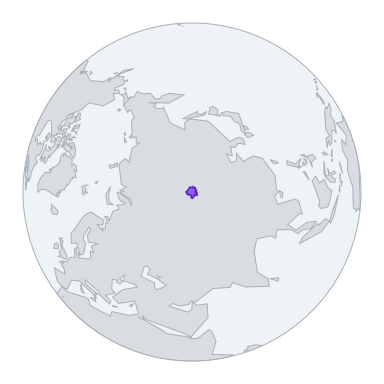 globe centered on Hövsgöl, rotated 289°
{"feature_id": "MNG-3321", "entity_name": "Hövsgöl", "entity_type": "Province", "adm_level": 1, "iso_a3": "MNG", "parent_name": "Mongolia", "parent_adm1": "", "projection": "orthographic", "projection_center": [99.984, 50.195], "detail": "fine", "context": "on_globe", "style": "filled", "palette": "violet", "viewbox_px": 384, "rotation_deg": 289, "n_neighbors": 0, "source": "natural_earth", "source_scale": "10m", "svg_char_len": 13510}
<svg xmlns="http://www.w3.org/2000/svg" viewBox="0 0 384 384"><g transform="rotate(289 192 192)"><circle cx="192" cy="192" r="169" fill="#eef3f6" stroke="#a8b0b8"/><path d="M278.7,47.0L282.5,49.5L282.1,51.3L271.2,49.8L269.8,47.7L267.3,47.9L268.9,50.8L270.6,52.7L264.2,59.9L267.7,72.9L274.2,78.2L268.6,76.4L284.6,87.8L289.9,97.2L280.5,85.9L277.0,84.3L279.0,90.2L275.8,89.9L274.9,92.6L270.9,91.9L265.7,85.8L263.0,85.3L264.6,89.5L261.6,91.7L259.7,85.5L254.2,88.7L244.5,79.9L242.7,65.3L234.0,61.1L223.4,48.4L221.0,49.6L215.5,46.0L210.7,46.1L210.1,44.1L206.8,46.0L208.3,47.9L207.4,49.5L204.7,49.8L203.4,47.1L204.6,46.6L202.8,46.0L203.3,44.6L201.6,45.5L200.4,42.4L197.6,46.0L193.3,44.0L193.6,41.9L198.7,41.4L212.2,36.3L214.1,34.6L211.5,32.3L195.8,29.1L195.7,27.7L191.8,26.4L189.5,27.2L191.7,28.7L186.4,30.3L189.7,32.3L188.0,33.3L189.4,36.0L183.6,36.4L177.2,35.6L175.8,33.6L172.9,33.3L169.7,36.1L162.7,33.6L150.5,34.5L149.3,34.0L155.1,30.8L166.6,28.2L174.1,25.4L163.5,28.2L160.7,27.4L157.8,27.8L154.7,28.7L153.5,29.4L151.4,29.6L161.0,26.5L163.1,26.3L160.1,27.2L165.4,26.1L171.9,24.6L170.0,24.6L180.7,23.4L193.5,23.0L206.3,23.6L219.0,25.2L231.5,27.7L243.8,31.2L255.8,35.6L267.5,40.8L278.7,47.0ZM346.9,126.5L345.7,124.8L345.7,123.8L346.9,126.5ZM345.4,125.1L345.7,125.4L345.6,125.5L345.4,125.1ZM345.6,126.1L345.5,125.4L345.8,126.5L345.6,126.1ZM346.0,127.8L345.7,126.8L345.8,127.0L346.0,127.8ZM346.1,129.6L346.1,130.0L345.7,128.9L346.1,129.6ZM271.8,53.7L269.3,50.9L269.0,48.6L271.5,50.8L271.8,53.7ZM271.8,58.8L269.7,57.2L272.7,56.6L273.0,57.7L271.8,58.8ZM279.6,82.3L278.2,79.3L280.7,82.4L279.6,82.3ZM275.5,93.2L276.9,94.2L275.9,95.2L275.5,93.2ZM192.5,35.6L191.0,35.7L191.5,35.2L192.5,35.6ZM194.5,36.6L196.2,35.8L197.4,36.2L196.3,36.7L194.5,36.6ZM268.8,95.1L266.6,96.7L267.9,94.0L268.8,95.1ZM192.1,37.6L199.3,37.0L201.4,37.8L199.1,40.3L192.1,37.6ZM264.8,96.9L259.6,101.0L262.4,103.5L251.7,99.1L259.6,96.9L260.8,93.1L262.2,96.0L264.8,96.9ZM209.9,48.4L208.2,46.4L212.1,47.8L209.9,48.4ZM212.7,48.9L225.9,51.6L227.1,55.0L222.4,53.3L225.9,57.7L219.9,57.9L216.7,55.6L217.1,53.3L214.5,55.2L212.7,48.9ZM246.7,96.2L244.7,96.4L245.8,95.0L246.7,96.2ZM207.3,50.2L209.9,50.4L211.1,53.2L206.1,53.5L207.3,52.5L207.3,50.2ZM229.8,58.8L229.8,61.1L224.9,61.9L224.3,63.0L219.9,58.2L229.8,58.8ZM205.7,52.0L203.6,53.6L200.6,52.6L204.8,50.3L205.7,52.0ZM213.5,53.9L213.8,55.4L212.0,54.6L213.5,53.9ZM188.7,50.4L191.8,50.3L192.7,51.7L188.7,50.4ZM203.0,54.3L204.0,54.6L204.7,55.2L202.7,56.1L203.0,54.3ZM216.8,59.3L214.8,59.2L218.4,61.2L214.9,62.1L212.6,58.8L212.1,60.6L211.0,60.9L210.4,58.0L216.8,59.3ZM202.8,58.9L198.7,55.4L192.8,55.2L191.9,53.8L201.5,54.4L202.8,58.9ZM207.3,58.6L204.3,58.5L204.6,56.7L206.9,55.8L207.3,58.6ZM213.3,63.9L219.3,63.4L219.6,64.2L213.3,63.9ZM201.0,59.2L202.1,60.0L200.6,59.3L201.0,59.2ZM209.5,62.8L211.5,62.5L211.8,63.3L209.5,62.8ZM202.4,62.1L201.1,60.9L202.6,60.2L202.4,62.1ZM205.6,62.7L205.5,64.0L203.9,60.6L206.5,62.4L205.6,62.7ZM209.4,63.7L210.3,64.1L208.5,63.7L209.4,63.7ZM197.5,65.8L195.2,61.8L198.5,60.1L200.3,64.2L197.5,65.8ZM50.5,99.6L52.3,97.1L60.1,99.9L57.0,107.4L57.7,125.5L56.9,129.1L51.6,132.5L47.9,155.2L52.9,155.2L54.8,172.6L59.4,181.2L70.3,173.4L62.8,159.0L66.7,151.2L76.9,158.1L84.2,171.1L86.0,168.6L85.7,156.2L91.8,155.4L86.1,151.7L85.2,156.0L81.6,154.0L82.2,150.0L84.4,149.7L83.4,145.1L73.5,147.9L71.4,152.5L66.2,143.8L62.2,150.9L59.2,150.4L64.8,138.3L67.6,136.1L74.3,119.5L70.8,121.0L64.3,136.9L64.3,133.7L59.6,136.3L63.2,131.8L71.2,114.6L69.5,106.8L59.5,105.5L60.1,100.7L64.1,93.5L75.5,86.7L72.9,98.4L76.9,96.7L84.0,89.2L82.6,93.6L85.2,92.1L84.9,96.5L91.0,98.3L91.6,102.5L100.3,99.4L101.8,101.3L96.2,102.5L92.7,105.8L95.1,116.7L97.4,117.7L102.9,114.9L102.8,118.5L107.8,114.5L112.3,119.6L111.0,110.1L117.3,107.2L123.5,108.4L125.3,105.9L115.4,104.0L111.6,104.8L108.7,108.2L98.3,109.7L96.1,106.8L106.2,99.3L104.2,94.6L112.9,91.2L134.5,97.6L140.2,102.7L136.5,117.8L131.5,118.3L130.4,113.0L125.7,120.9L128.8,118.8L128.8,121.9L134.9,120.4L135.2,122.6L140.5,117.5L141.5,120.0L138.1,123.2L148.0,123.5L151.8,128.3L153.9,127.4L155.0,125.0L159.1,133.0L160.5,131.9L159.7,128.9L161.9,125.0L167.3,121.3L168.4,124.3L166.6,126.0L164.4,134.2L159.4,138.7L160.4,139.5L165.0,136.4L167.7,126.3L170.7,123.3L170.1,128.1L170.6,126.1L172.4,125.5L175.2,127.8L176.1,122.7L194.7,113.9L202.1,117.9L199.5,122.8L213.7,121.0L220.9,126.4L220.1,123.4L226.4,121.1L224.2,119.3L224.3,117.8L239.5,111.7L243.9,112.9L249.5,107.7L249.2,106.3L246.2,105.1L251.7,99.1L262.4,103.5L262.7,106.4L269.1,107.5L269.0,114.1L271.8,120.3L267.9,127.5L270.5,132.1L272.8,132.0L278.0,138.5L281.0,152.6L268.7,141.4L262.3,121.8L264.1,129.6L260.7,128.0L259.6,131.0L261.0,136.8L263.0,137.3L250.4,148.7L248.2,165.0L255.4,162.5L260.4,166.1L264.2,184.2L252.1,211.3L258.6,217.7L259.3,222.6L254.2,226.8L253.1,219.7L247.6,218.0L247.8,213.6L239.3,218.3L239.1,212.2L232.6,219.3L235.5,223.7L243.1,221.5L237.5,230.6L245.7,237.6L247.0,247.1L234.7,265.2L221.5,271.3L220.8,274.1L215.3,271.2L208.3,277.0L218.7,291.5L218.5,295.6L207.1,303.6L206.8,300.7L192.3,293.2L189.8,302.7L200.7,310.6L204.5,319.0L196.1,316.4L192.3,308.8L187.2,305.9L188.5,297.7L184.0,284.5L175.6,286.2L176.2,280.9L168.8,268.5L156.6,270.0L137.3,279.9L134.8,292.4L128.1,295.8L119.7,273.9L119.7,260.0L114.2,259.0L107.5,243.2L89.0,231.1L88.5,226.4L84.6,225.5L80.2,217.5L80.3,210.0L76.7,207.2L77.0,227.0L81.1,230.1L87.6,228.1L86.7,234.0L91.2,242.7L78.5,248.1L54.5,238.2L55.8,227.9L56.5,188.9L58.5,186.7L58.7,186.4L58.9,185.6L55.2,188.5L56.6,181.1L52.3,205.9L50.0,214.3L54.1,238.5L52.8,238.7L55.3,244.9L67.5,253.0L66.8,255.8L58.8,263.3L45.0,264.0L49.0,276.9L51.6,284.6L47.9,280.2L42.0,269.8L36.9,259.0L32.5,247.8L29.0,236.4L26.2,224.8L24.3,212.9L23.3,201.0L23.1,189.1L23.3,185.8L23.7,179.7L23.9,174.7L24.9,167.5L25.4,163.8L25.5,163.4L28.4,149.9L32.3,136.7L37.4,123.8L43.5,111.5L50.5,99.6ZM51.8,103.4L50.2,105.0L51.8,103.4ZM88.3,191.1L95.1,198.3L98.5,188.1L101.4,190.1L101.5,186.0L98.7,187.3L99.8,176.6L105.1,177.6L107.6,173.7L105.4,171.1L95.6,171.3L93.8,186.3L89.5,187.7L88.3,191.1ZM160.1,27.6L159.3,27.8L156.0,28.6L157.4,28.0L160.1,27.6ZM142.5,33.8L139.4,33.9L142.6,33.3L143.9,32.4L152.2,30.3L149.1,33.7L149.0,32.4L142.5,33.8ZM162.3,28.9L157.4,29.5L162.9,28.7L162.3,28.9ZM99.9,80.9L97.6,83.6L94.6,84.0L93.8,79.6L98.2,78.9L99.9,80.9ZM95.2,87.4L105.4,81.7L106.3,84.5L104.1,83.8L103.6,86.2L99.9,85.9L90.8,94.6L87.5,95.6L87.8,86.4L89.5,88.7L91.6,85.8L95.2,87.4ZM129.9,64.9L134.4,63.3L130.6,71.3L126.9,72.0L125.8,67.4L129.6,64.0L129.9,64.9ZM186.6,42.5L188.5,41.9L188.9,42.6L187.5,43.6L186.6,42.5ZM190.1,50.2L178.4,46.0L180.1,45.0L171.3,44.1L172.2,41.3L177.9,41.9L172.0,39.2L177.4,38.7L173.0,37.3L185.5,38.9L190.2,38.6L184.6,40.0L183.6,42.5L184.6,43.5L190.9,46.2L200.5,47.1L201.1,50.0L199.0,51.9L196.8,52.1L197.1,50.1L193.9,51.9L192.7,49.1L190.1,50.2ZM173.6,76.3L174.9,73.1L168.3,77.7L167.0,74.3L166.4,75.1L163.4,73.4L158.5,72.7L158.7,71.0L156.8,71.5L154.8,70.5L152.1,70.6L151.6,67.8L148.3,67.8L149.9,66.5L144.4,67.3L148.2,65.4L146.0,64.2L143.5,66.7L146.7,52.4L145.1,48.4L141.7,46.3L148.7,43.8L156.3,44.4L163.2,47.1L163.8,51.5L166.8,49.7L168.0,51.4L165.1,52.1L170.2,52.1L170.4,53.7L176.6,57.1L183.9,56.4L186.3,57.8L183.5,58.8L187.9,59.5L184.3,62.5L186.0,63.6L184.1,67.9L177.8,69.7L180.1,70.8L178.8,74.3L173.6,76.3ZM196.8,67.0L189.5,69.4L185.2,68.9L190.3,61.7L189.3,60.3L192.4,56.0L198.5,56.9L197.1,58.0L197.1,59.3L195.2,58.5L196.7,60.1L194.8,61.8L195.4,63.6L192.9,63.8L196.8,67.0ZM59.2,129.8L59.2,132.1L59.9,134.9L56.9,136.8L59.2,129.8ZM64.5,118.0L64.9,119.4L61.0,123.1L61.1,120.9L64.5,118.0ZM68.5,117.2L65.2,119.2L67.0,116.9L68.5,117.2ZM97.0,103.7L97.9,105.2L96.7,106.2L94.7,106.4L97.0,103.7ZM153.7,90.4L155.2,88.3L156.2,88.6L161.7,85.8L163.0,88.2L160.3,90.8L153.7,90.4ZM67.2,172.8L63.9,172.4L64.1,170.0L65.2,170.6L67.2,172.8ZM58.7,153.9L59.1,159.6L57.9,154.3L58.7,153.9ZM156.1,92.5L158.2,91.1L157.6,93.2L156.1,92.5ZM164.3,89.9L164.2,92.2L163.8,88.2L164.3,89.9ZM68.0,301.7L69.8,308.6L65.1,303.6L61.1,298.6L58.2,292.7L62.7,296.1L64.0,294.8L68.0,301.7ZM246.2,331.0L251.1,330.2L250.9,330.7L246.2,331.0ZM241.1,330.6L246.8,329.6L240.1,331.7L241.1,330.6ZM248.9,329.1L254.7,326.9L257.1,325.6L256.7,326.6L248.9,329.1ZM237.3,331.4L216.1,333.9L207.7,333.2L209.8,331.5L223.4,330.9L237.3,331.4ZM209.1,331.5L196.2,326.9L178.2,310.4L184.7,311.2L203.4,321.3L202.2,322.9L210.0,326.7L209.1,331.5ZM240.2,319.2L238.9,323.9L227.3,325.3L222.0,325.1L218.3,319.4L220.4,316.1L224.8,315.8L241.4,302.1L247.3,303.8L242.2,309.6L247.0,313.0L240.2,319.2ZM135.5,293.9L139.2,302.2L135.5,302.3L135.5,293.9ZM248.0,292.3L241.4,298.9L247.4,290.6L248.0,292.3ZM251.4,284.6L251.9,287.3L249.1,285.2L251.4,284.6ZM220.8,278.3L216.2,279.3L216.0,277.2L221.7,274.6L220.8,278.3ZM248.0,255.0L248.3,261.7L247.5,264.1L245.3,260.5L248.0,255.0ZM170.8,113.2L161.7,114.2L156.1,116.9L154.3,121.5L152.9,115.7L161.6,111.4L170.8,113.2ZM191.7,113.4L193.1,109.7L195.1,111.2L195.0,112.3L191.7,113.4ZM190.7,111.2L187.7,106.9L190.2,104.8L192.1,108.6L190.7,111.2ZM171.6,99.2L168.8,99.2L169.3,97.4L171.6,99.2ZM278.1,337.4L279.0,336.8L277.2,337.9L273.1,340.2L272.2,340.6L266.9,343.0L234.8,355.2L228.3,356.5L231.0,355.3L227.0,353.0L229.3,352.7L229.1,349.9L248.7,342.6L263.0,332.0L272.7,328.9L280.8,320.4L290.4,316.3L286.8,322.0L296.0,319.3L304.2,306.0L307.7,311.8L313.0,309.2L312.3,310.6L301.7,320.5L290.2,329.5L278.1,337.4ZM341.8,269.9L342.1,269.6L341.6,270.4L341.8,269.9ZM341.5,270.4L342.4,268.6L342.0,269.6L341.5,270.4ZM338.1,272.7L338.9,271.3L339.1,271.4L338.1,272.7ZM258.2,328.4L265.2,323.3L268.8,321.8L258.2,328.4ZM337.4,272.8L335.8,274.8L336.0,274.0L337.4,272.8ZM337.7,271.3L337.6,270.7L338.4,271.3L337.7,271.3ZM334.7,273.3L336.6,272.4L334.4,273.7L334.7,273.3ZM333.4,274.9L331.9,275.9L332.1,275.5L333.4,274.9ZM314.7,292.6L320.5,292.7L315.5,296.6L309.9,297.7L304.9,303.7L294.1,309.5L296.7,306.3L295.4,304.1L283.8,308.3L281.4,307.3L285.7,304.1L277.8,305.6L286.5,301.1L289.9,303.9L294.7,298.2L302.8,294.7L310.4,291.5L316.2,290.4L314.7,292.6ZM286.3,310.4L287.7,309.7L286.3,311.5L286.3,310.4ZM329.1,276.7L331.2,276.4L330.9,277.1L329.8,277.9L329.1,276.7ZM317.6,288.7L324.0,280.4L325.4,279.2L321.1,286.4L317.6,288.7ZM322.6,279.3L325.4,277.4L326.8,278.1L326.2,279.1L322.6,279.3ZM268.6,313.4L268.3,314.7L266.0,314.5L268.6,313.4ZM271.6,311.7L278.4,310.5L271.0,312.9L271.6,311.7ZM250.3,313.4L252.4,315.8L259.0,312.3L254.0,316.3L258.3,319.7L256.7,321.8L252.5,318.0L250.8,323.5L247.8,324.0L246.3,320.0L249.4,313.8L252.3,310.8L264.1,306.7L250.3,313.4ZM271.6,308.2L269.8,305.3L271.1,302.5L273.1,303.7L271.6,308.2ZM264.2,298.2L259.1,295.1L254.6,297.9L263.5,289.2L266.9,293.7L264.2,298.2ZM259.6,289.4L255.5,292.0L259.7,287.2L259.6,289.4ZM254.3,290.7L253.7,287.6L257.0,287.2L254.3,290.7ZM261.8,288.9L262.3,283.1L264.2,286.0L261.8,288.9ZM251.8,280.3L259.3,284.2L249.8,284.0L248.7,272.8L252.7,271.6L251.8,280.3ZM269.5,225.1L268.1,221.7L271.5,219.6L271.5,222.6L269.5,225.1ZM281.3,210.7L272.0,218.0L264.2,224.1L267.0,225.0L265.9,231.9L261.4,227.1L266.2,218.4L272.2,214.9L272.4,209.2L276.3,203.8L274.3,197.3L275.8,193.6L279.5,198.6L281.3,210.7ZM273.2,194.7L271.1,182.3L277.9,181.5L279.8,184.1L278.0,190.0L274.5,190.0L273.2,194.7ZM272.6,179.2L269.3,179.2L259.2,163.2L258.7,159.7L270.0,171.0L267.4,171.7L268.7,175.9L272.6,179.2ZM245.7,97.9L244.8,96.6L246.6,97.2L245.7,97.9ZM223.0,116.9L223.5,114.9L225.7,115.6L223.0,116.9ZM226.0,109.9L223.2,110.5L225.7,108.6L226.0,109.9ZM217.0,112.1L221.8,110.1L217.9,113.8L217.0,112.1Z" fill="#d9dde1" stroke="#a8b0b8" stroke-width="1"/><path d="M190.1,186.3L190.2,186.5L190.3,186.5L190.6,186.7L190.7,186.8L190.8,186.9L191.2,187.0L191.4,187.0L191.5,187.0L191.8,187.3L192.0,187.5L192.2,187.4L192.4,187.5L193.0,187.5L194.0,188.0L194.3,188.1L194.5,188.3L194.8,188.2L195.1,188.3L195.3,188.3L195.5,188.4L195.8,188.4L195.8,188.5L196.1,188.6L196.0,188.9L196.0,189.0L196.0,189.3L196.1,189.5L196.2,189.8L196.1,190.0L196.3,190.3L196.4,190.5L196.3,190.8L196.5,190.9L196.7,191.0L196.9,191.3L197.0,191.3L196.9,191.4L196.7,191.5L196.5,191.9L196.5,192.0L196.4,192.1L196.2,192.3L196.1,192.5L196.1,192.8L196.4,192.9L196.5,193.0L196.8,193.1L197.1,193.2L197.2,193.3L197.3,193.3L197.2,193.5L196.9,193.5L196.8,193.8L196.7,193.9L196.6,194.0L196.4,194.2L196.2,194.3L195.9,194.3L195.7,194.5L195.5,194.8L195.4,194.8L195.2,195.1L195.2,195.3L195.2,195.5L194.8,195.6L194.6,195.6L194.1,195.2L193.5,194.9L193.4,194.9L193.4,195.0L193.2,195.2L193.2,195.3L192.9,195.3L192.8,195.5L193.1,195.6L193.1,195.8L192.9,195.9L192.8,196.0L192.7,196.1L192.8,196.2L192.7,196.2L192.7,196.3L192.7,196.5L192.8,196.7L192.9,196.8L192.7,196.9L192.5,197.0L192.4,197.0L192.4,197.3L192.2,197.3L191.9,197.1L191.6,197.1L191.5,197.4L191.4,197.5L190.9,197.6L190.7,197.5L190.4,197.7L190.2,197.3L190.1,196.8L190.1,196.7L190.3,196.3L190.3,196.2L190.4,195.9L190.3,195.7L190.3,195.2L190.2,195.1L189.6,195.1L189.5,195.3L189.4,195.5L189.2,195.5L189.0,195.4L188.9,195.4L188.5,195.3L188.3,195.3L188.2,195.4L187.4,194.9L187.1,194.8L186.7,194.8L186.5,194.7L186.1,194.3L186.0,194.2L186.0,193.9L186.1,193.7L186.4,193.5L186.5,193.4L186.5,193.2L186.7,193.3L186.8,193.3L187.0,193.3L187.1,193.2L187.4,193.0L187.4,192.9L187.4,192.7L187.6,192.7L187.8,192.6L188.0,192.7L188.3,192.5L188.4,192.3L188.8,191.7L188.8,191.4L188.8,191.2L188.8,190.9L188.7,190.9L188.4,190.7L188.2,190.4L188.2,190.2L188.3,190.1L188.2,190.0L188.2,189.9L188.0,189.7L188.1,189.3L188.1,189.2L188.2,188.9L188.2,188.7L188.3,188.5L188.4,188.3L188.4,188.2L188.5,188.2L188.8,188.2L188.8,187.9L188.9,187.7L189.0,187.5L189.2,187.4L189.5,187.3L189.6,187.2L189.8,186.9L189.8,186.7L189.9,186.4L190.0,186.3L190.1,186.3Z" fill="#8b5cf6" stroke="#5b21b6" stroke-width="1.5"/></g></svg>